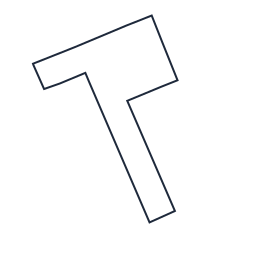 outline of Ford, Illinois, United States of America, rotated 158°
{"feature_id": "52423323B6455374586725", "entity_name": "Ford", "entity_type": "district", "adm_level": 2, "iso_a3": "USA", "parent_name": "United States of America", "parent_adm1": "Illinois", "projection": "orthographic", "projection_center": [-88.209, 40.698], "detail": "fine", "context": "isolated", "style": "outline", "palette": "slate", "viewbox_px": 256, "rotation_deg": 158, "n_neighbors": 0, "source": "geoboundaries", "source_scale": "gbopen_adm2", "svg_char_len": 350}
<svg xmlns="http://www.w3.org/2000/svg" viewBox="0 0 256 256"><g transform="rotate(158 128 128)"><path d="M64.2,153.7L64.1,195.5L63.9,223.4L91.3,223.6L147.1,222.9L192.0,223.2L192.1,221.7L191.2,195.6L174.5,194.8L146.9,195.1L146.8,185.8L143.4,32.4L115.6,33.5L118.5,153.5L81.7,153.8L64.2,153.7Z" fill="none" stroke="#1e293b" stroke-width="2"/></g></svg>